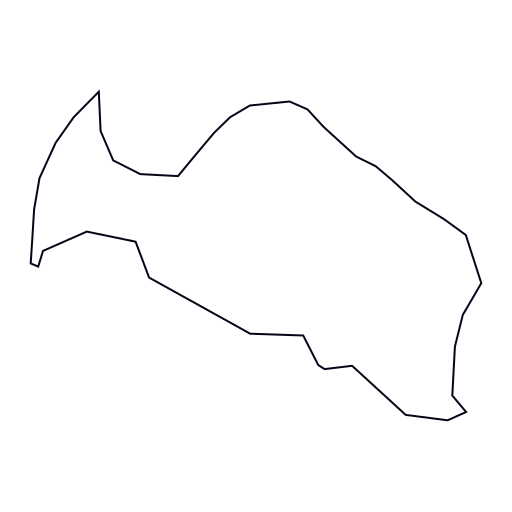 the district of Pedoulas, Nicosia, Cyprus
{"feature_id": "46923920B72226225421474", "entity_name": "Pedoulas", "entity_type": "district", "adm_level": 2, "iso_a3": "CYP", "parent_name": "Cyprus", "parent_adm1": "Nicosia", "projection": "equal_earth", "projection_center": [32.829, 34.962], "detail": "fine", "context": "isolated", "style": "outline", "palette": "ink", "viewbox_px": 512, "rotation_deg": 0, "n_neighbors": 0, "source": "geoboundaries", "source_scale": "gbopen_adm2", "svg_char_len": 644}
<svg xmlns="http://www.w3.org/2000/svg" viewBox="0 0 512 512"><path d="M481.3,283.2L465.8,235.0L444.2,219.3L415.4,201.6L392.0,180.0L375.8,166.3L356.1,156.5L323.7,127.0L307.5,109.4L289.5,101.5L249.9,105.5L230.1,117.2L214.0,132.9L194.2,156.5L178.0,176.1L140.2,174.1L113.2,160.4L100.6,131.0L98.8,91.7L73.7,117.2L55.7,142.7L39.5,178.1L34.1,209.5L32.3,238.9L30.7,263.4L38.2,266.6L43.0,250.9L86.8,231.6L135.6,241.7L149.1,277.6L212.7,312.9L250.2,333.7L303.2,335.5L318.3,365.1L323.7,368.5L324.6,369.1L352.1,365.8L405.7,414.9L447.6,420.3L466.1,412.0L452.3,395.6L454.9,346.6L462.8,314.9L481.3,283.2Z" fill="none" stroke="#020617" stroke-width="2"/></svg>